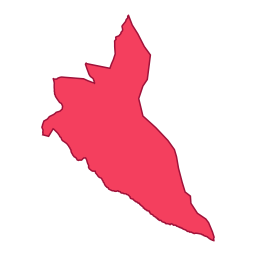 outline of Berekum West, Brong Ahafo, Ghana
{"feature_id": "2480657B54527757245703", "entity_name": "Berekum West", "entity_type": "district", "adm_level": 2, "iso_a3": "GHA", "parent_name": "Ghana", "parent_adm1": "Brong Ahafo", "projection": "mercator", "projection_center": [-2.676, 7.472], "detail": "fine", "context": "isolated", "style": "filled", "palette": "rose", "viewbox_px": 256, "rotation_deg": 0, "n_neighbors": 0, "source": "geoboundaries", "source_scale": "gbopen_adm2", "svg_char_len": 5566}
<svg xmlns="http://www.w3.org/2000/svg" viewBox="0 0 256 256"><path d="M213.9,240.6L213.6,238.5L214.1,237.2L212.4,231.8L208.6,222.7L205.8,219.0L197.4,213.3L190.9,203.3L190.4,196.1L185.1,192.0L182.1,182.1L178.5,168.3L176.5,156.7L174.4,149.6L167.9,140.5L155.8,127.7L142.9,116.0L138.7,98.6L142.9,86.0L147.3,79.5L150.4,55.0L144.3,46.6L137.8,33.9L132.2,25.0L128.5,15.4L128.1,15.6L128.0,16.0L127.7,16.4L127.7,18.0L126.6,19.1L126.2,19.6L126.0,20.2L125.7,21.2L125.5,21.6L124.7,22.6L122.9,24.9L122.5,25.3L122.2,25.8L122.1,26.1L122.0,26.5L122.1,26.9L122.4,28.1L122.6,29.3L122.6,29.7L122.5,30.5L122.4,30.8L121.3,32.1L121.1,32.2L121.0,32.4L120.9,33.5L119.0,35.7L118.6,36.0L117.0,36.5L116.6,36.7L116.0,36.9L115.7,37.4L116.0,39.4L115.5,39.9L114.6,41.0L114.7,42.9L114.7,46.6L115.2,53.7L115.2,54.0L114.4,56.4L113.3,59.8L111.6,63.6L109.9,68.3L86.4,63.6L86.1,63.2L85.6,63.8L85.5,64.4L85.6,64.9L85.9,65.4L86.2,66.5L87.1,69.1L88.5,72.8L88.8,73.7L89.2,74.6L90.2,76.2L91.2,77.1L92.5,78.0L92.9,78.4L93.4,79.0L93.6,80.1L94.1,80.8L94.2,81.3L94.1,81.9L94.0,82.1L94.2,82.6L94.6,82.9L94.5,83.2L94.0,82.8L92.1,82.4L90.8,81.8L88.0,80.8L83.6,78.8L63.4,77.2L62.3,77.1L61.1,77.1L60.2,77.3L59.2,77.6L58.3,78.0L57.8,78.2L57.4,78.4L56.8,79.1L54.1,79.1L53.8,79.0L53.1,78.2L53.8,80.8L54.0,81.5L54.3,83.2L54.2,84.8L54.2,87.6L54.4,89.9L54.3,91.2L54.6,92.4L54.6,93.5L54.7,94.3L55.3,95.3L55.5,96.4L57.3,99.2L58.6,101.0L59.6,102.4L60.2,102.8L61.4,103.5L62.6,106.1L62.2,109.1L60.0,111.1L58.1,111.8L57.4,111.9L55.9,112.5L55.7,112.9L53.8,114.4L49.2,116.7L49.3,116.7L49.2,116.8L47.5,119.0L43.8,121.1L43.7,121.6L42.4,125.3L42.5,125.6L42.3,126.3L41.9,127.0L42.0,127.5L42.6,129.0L42.9,129.5L43.0,130.3L42.9,131.4L42.8,131.9L42.8,132.6L43.0,132.9L42.9,133.6L43.0,134.1L43.0,134.4L42.8,134.8L48.6,136.3L53.1,128.8L53.7,129.1L56.5,131.9L57.4,132.8L58.1,133.6L58.5,134.3L58.9,134.8L59.4,135.5L59.5,135.7L59.6,136.1L59.8,136.5L60.3,137.1L61.0,137.5L61.4,138.8L62.0,140.0L62.6,140.7L63.6,141.3L66.5,143.4L67.0,143.9L68.2,145.4L68.6,145.9L68.8,146.4L69.0,146.8L69.5,147.3L69.8,147.8L70.0,148.5L70.2,148.9L70.7,149.4L70.9,150.0L71.2,151.9L71.3,152.2L71.9,153.3L72.2,153.6L72.6,154.6L73.1,155.4L73.4,155.7L74.3,156.9L74.8,157.0L76.0,157.9L76.4,158.3L76.7,158.9L77.2,159.9L78.5,160.4L78.9,160.2L79.3,160.1L81.3,160.1L81.5,160.1L81.8,159.9L82.6,159.0L83.7,158.0L85.6,157.9L86.5,159.6L86.8,160.4L87.1,161.7L87.7,163.5L88.6,165.4L88.7,166.0L88.5,166.9L88.6,167.5L89.4,168.9L90.4,169.6L91.3,170.5L92.5,171.1L94.4,171.2L95.3,171.3L95.3,171.7L95.6,172.7L95.6,173.0L96.5,174.0L97.2,174.9L97.7,175.6L97.9,176.0L99.2,177.3L101.1,178.1L101.7,178.6L102.1,179.7L103.0,180.9L103.2,181.9L104.0,182.8L104.7,184.6L105.6,186.0L106.5,186.7L106.9,187.3L108.0,187.7L108.1,187.8L108.8,189.1L112.1,190.7L113.3,190.8L113.7,190.7L113.9,190.8L114.2,191.0L114.6,191.2L115.3,191.3L116.1,191.3L116.8,191.2L117.2,191.0L117.6,190.8L117.8,190.8L118.0,190.8L118.5,191.4L119.0,191.5L119.6,191.6L120.3,191.8L120.3,192.0L120.8,192.6L121.3,193.0L121.7,193.0L122.8,193.1L123.1,193.2L123.4,193.5L123.8,193.6L125.0,193.8L125.8,193.8L126.2,193.9L126.6,194.3L126.8,194.5L127.1,194.5L127.7,194.8L127.9,194.8L128.3,195.0L128.7,195.5L130.0,196.7L130.1,197.1L130.0,197.3L130.1,197.5L130.3,197.6L130.3,197.9L130.6,198.4L130.9,198.5L132.1,198.9L133.0,199.1L133.6,200.0L133.9,200.1L134.3,200.4L134.7,200.9L135.2,201.1L135.4,201.2L135.6,201.6L136.3,201.7L136.4,201.9L137.4,202.2L137.5,202.3L137.7,202.8L137.8,202.9L138.2,202.9L138.5,203.2L138.8,203.3L139.3,203.3L139.5,203.5L139.5,203.8L139.7,204.2L140.2,204.7L140.5,204.7L140.6,205.0L140.9,205.3L142.0,206.2L142.4,206.3L142.7,206.8L143.4,207.4L143.6,207.7L143.5,208.0L144.3,208.3L144.6,208.9L144.8,209.1L145.0,209.2L145.3,209.5L145.7,209.4L145.9,209.5L146.0,209.7L146.4,210.1L146.7,210.2L147.0,210.3L147.0,210.5L147.2,210.8L147.4,210.8L147.8,210.7L148.3,210.9L148.6,211.1L149.2,211.1L149.4,211.3L149.6,211.8L149.5,212.2L149.6,212.3L149.8,212.5L150.1,213.0L150.4,213.4L150.5,213.8L152.2,214.5L152.8,214.8L153.4,215.8L155.2,216.9L155.7,217.0L156.1,217.7L156.3,217.9L157.2,218.2L157.4,218.4L157.3,218.6L157.4,218.8L157.8,218.9L157.8,219.1L158.1,219.2L158.3,219.2L158.3,219.5L158.7,219.9L159.3,220.1L159.7,220.4L159.9,220.5L160.3,220.4L160.6,220.3L160.8,220.3L161.0,220.5L161.7,221.2L162.2,221.8L163.0,222.0L163.8,222.3L164.5,222.4L164.7,222.7L164.9,222.8L165.2,222.8L165.5,223.1L165.5,223.3L165.6,223.5L166.0,223.7L167.9,223.7L168.1,223.8L169.5,224.2L169.8,224.3L169.9,224.6L170.1,224.7L170.3,224.6L170.8,224.2L170.9,223.9L171.0,223.8L171.2,223.7L172.8,224.3L173.2,225.0L173.4,225.2L173.8,225.2L174.3,225.1L174.8,225.1L175.1,225.1L175.5,225.4L176.1,225.4L176.4,225.7L176.7,226.2L176.9,226.2L177.2,226.2L178.3,226.7L179.0,227.0L179.3,227.3L179.6,227.2L179.9,227.2L180.1,227.5L180.3,227.7L180.9,227.6L181.4,228.1L182.0,228.1L182.3,228.4L182.5,228.6L182.8,228.7L183.0,229.0L183.8,229.3L184.2,229.5L185.0,229.7L185.4,229.8L185.6,230.0L186.3,230.4L187.0,231.0L187.2,231.3L187.4,231.4L188.6,231.4L188.9,231.5L189.1,231.5L189.2,231.8L189.4,232.0L189.7,232.0L190.0,232.2L190.9,232.0L191.3,232.1L191.6,232.4L192.0,232.5L192.5,232.7L192.8,233.0L193.6,233.2L194.0,233.5L194.5,233.5L195.7,233.2L197.0,233.3L198.8,233.6L201.7,234.2L201.9,234.5L202.2,234.8L202.4,234.9L202.7,234.8L203.2,234.9L203.7,235.4L204.0,235.6L204.2,235.8L204.8,235.9L205.4,236.2L206.6,236.5L207.3,236.8L207.4,237.0L208.1,237.5L209.1,238.3L209.3,238.6L209.5,238.7L209.8,238.7L210.0,238.9L210.5,239.3L210.8,239.5L211.1,239.5L212.1,240.0L212.3,240.2L212.6,240.3L213.3,240.2L213.4,240.4L213.5,240.6L213.9,240.6Z" fill="#f43f5e" stroke="#9f1239" stroke-width="1.5"/></svg>